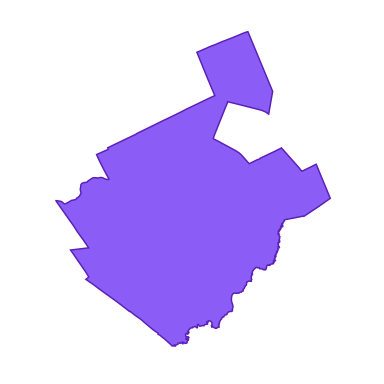 the district of Cosmesti, Teleorman, Romania, rotated 81°
{"feature_id": "2599482B87533780865564", "entity_name": "Cosmesti", "entity_type": "district", "adm_level": 2, "iso_a3": "ROU", "parent_name": "Romania", "parent_adm1": "Teleorman", "projection": "equal_earth", "projection_center": [25.395, 44.317], "detail": "fine", "context": "isolated", "style": "filled", "palette": "violet", "viewbox_px": 384, "rotation_deg": 81, "n_neighbors": 0, "source": "geoboundaries", "source_scale": "gbopen_adm2", "svg_char_len": 6041}
<svg xmlns="http://www.w3.org/2000/svg" viewBox="0 0 384 384"><g transform="rotate(81 192 192)"><path d="M105.2,96.6L42.4,111.7L42.4,112.2L43.0,115.8L46.0,128.3L48.2,138.7L50.5,148.0L50.8,149.9L54.8,165.3L81.7,159.0L100.4,154.4L101.5,158.5L109.5,185.3L110.7,188.7L114.3,200.3L116.7,208.5L125.7,237.7L125.9,237.8L126.1,238.2L135.1,268.3L136.4,268.0L136.6,268.1L136.9,268.6L140.1,280.4L146.7,278.6L156.0,275.6L166.3,272.0L166.5,272.6L166.5,273.3L166.2,274.3L165.2,276.3L164.2,277.6L163.5,279.2L163.3,280.7L163.5,282.9L162.9,284.6L162.8,285.5L162.5,286.8L162.6,287.9L164.5,292.3L165.1,293.4L165.7,293.7L165.9,294.8L165.8,296.9L165.9,297.8L166.2,299.3L166.9,300.2L167.9,300.8L168.6,300.9L172.1,302.0L175.6,301.8L176.3,302.0L178.8,304.2L179.6,305.8L180.0,306.7L181.1,307.9L181.4,309.4L181.4,312.2L183.3,317.0L183.9,319.3L183.6,320.1L181.3,322.1L180.7,323.0L179.4,326.9L179.3,327.6L180.4,327.3L208.3,313.6L213.3,311.5L222.5,306.8L231.0,302.8L230.3,321.0L253.5,309.9L259.8,307.2L261.7,310.5L268.3,303.6L274.2,297.9L289.4,282.6L299.8,272.8L300.2,272.3L300.0,272.2L300.8,271.3L304.2,268.2L309.9,262.3L312.5,260.2L322.3,251.7L326.1,247.6L327.2,247.8L328.4,246.1L331.5,243.5L332.0,242.8L340.4,236.0L340.8,235.9L341.2,234.7L341.2,234.1L340.4,233.8L340.3,233.5L341.5,233.0L341.6,232.8L341.5,232.4L341.3,232.1L340.4,231.7L340.3,231.2L340.3,230.3L340.2,229.7L339.1,229.4L339.0,228.9L339.0,228.3L339.5,227.7L339.7,227.3L338.8,225.4L340.0,225.3L340.5,224.8L340.4,224.5L339.5,224.3L339.3,224.0L339.4,223.6L340.1,222.9L340.5,222.5L340.4,220.8L340.1,220.5L338.6,220.1L338.3,219.8L337.8,218.8L337.3,218.6L337.0,218.8L336.8,219.1L336.6,220.8L336.2,221.1L335.8,221.0L335.5,220.7L335.5,220.4L335.9,219.6L336.0,218.8L335.8,218.2L335.2,217.8L334.9,217.9L334.4,218.5L333.9,220.1L333.6,220.5L333.4,220.7L332.6,220.7L331.6,220.6L331.2,220.4L330.8,219.7L331.0,219.4L331.7,218.8L331.7,218.4L331.5,218.1L330.5,217.1L330.0,216.9L329.7,217.1L329.8,217.8L329.7,218.1L329.5,218.3L329.2,218.2L328.1,217.2L327.6,216.4L327.1,216.0L326.8,215.5L326.1,214.9L326.2,212.5L325.4,212.1L325.6,211.5L325.3,210.1L325.5,209.7L326.7,208.7L326.9,208.4L326.9,208.0L326.4,207.7L324.9,207.7L323.8,207.2L323.6,206.8L323.7,206.5L325.1,206.0L325.8,205.3L325.8,204.3L325.5,203.0L325.8,202.1L325.9,201.1L325.7,200.8L325.2,200.4L325.0,200.1L324.9,199.4L325.0,198.0L324.9,197.3L324.6,197.3L323.4,197.7L322.8,197.7L323.3,196.9L323.3,196.7L323.2,196.5L322.0,196.2L321.7,195.7L322.5,193.7L323.0,193.6L323.7,192.9L325.1,192.9L325.7,193.1L326.7,192.9L326.9,193.0L327.1,193.7L327.3,193.6L327.4,193.3L328.3,193.7L328.6,193.6L328.6,193.3L328.3,192.6L328.4,192.3L329.2,191.6L330.2,190.4L330.4,189.8L330.4,189.0L329.8,188.1L329.8,187.6L329.6,187.2L329.6,186.3L328.3,186.6L327.8,186.3L327.5,185.9L326.5,186.1L326.0,185.8L325.5,185.2L324.4,185.1L323.3,184.0L322.4,183.4L322.1,182.8L321.9,182.5L320.6,181.8L320.3,181.1L320.4,180.3L319.3,179.5L318.9,179.0L318.5,177.8L318.6,177.1L318.5,176.8L316.9,175.8L316.1,174.6L316.0,174.0L316.1,173.2L315.9,172.6L316.2,171.6L315.9,170.9L315.0,170.5L314.2,170.5L312.2,169.6L311.4,169.4L309.4,169.5L306.5,170.0L304.0,169.9L300.4,168.8L299.0,167.6L298.5,166.5L298.5,165.9L299.1,163.6L299.0,162.9L298.7,162.2L299.2,161.8L299.2,161.5L298.5,159.8L298.6,158.9L297.8,157.9L297.8,157.0L297.7,156.9L297.2,156.9L296.9,156.7L296.1,156.6L295.4,155.5L294.4,155.0L293.7,154.3L292.8,154.0L292.7,153.3L292.2,152.7L289.8,152.2L289.5,152.0L289.5,151.3L289.1,150.6L288.9,149.1L289.0,148.7L289.5,147.8L289.4,147.3L288.4,147.3L287.8,146.7L286.6,147.1L286.2,146.8L284.8,146.8L284.5,146.4L284.0,146.3L283.5,145.7L282.2,145.7L282.4,145.1L281.1,145.2L280.4,144.7L279.2,144.3L279.0,143.8L278.2,143.1L276.6,140.6L276.5,140.2L276.7,139.6L277.3,138.7L277.2,137.7L277.5,137.2L278.2,137.2L278.5,137.0L278.5,136.1L278.9,134.9L279.2,134.2L279.6,134.1L280.0,133.4L280.2,132.9L279.9,132.3L280.4,131.8L280.1,131.2L279.6,130.9L278.3,130.2L277.3,130.0L276.0,129.1L275.9,128.7L276.3,128.3L276.6,127.5L276.4,127.3L275.9,127.1L275.8,126.9L276.0,126.7L276.5,126.6L276.5,126.4L275.3,124.5L275.3,124.0L275.7,123.6L275.7,123.4L275.0,123.2L275.2,122.7L274.7,122.5L274.5,122.0L274.2,122.0L273.6,122.4L273.1,122.4L273.2,121.2L272.9,120.3L272.7,120.4L272.4,120.9L272.3,121.4L272.2,121.5L271.4,121.4L271.4,120.7L271.2,120.5L270.7,120.7L270.3,120.7L269.2,119.5L268.8,120.2L268.2,120.3L268.1,120.1L268.3,119.8L268.1,119.1L267.9,119.1L267.6,119.5L267.2,119.5L266.5,118.4L265.9,118.6L265.7,118.5L265.3,118.0L265.2,117.4L264.8,117.3L264.3,117.7L263.9,117.7L263.7,117.4L263.8,116.9L263.7,116.7L263.1,116.5L262.4,115.9L261.8,116.0L260.9,115.8L260.9,114.9L260.7,114.7L260.5,115.4L260.3,115.5L260.0,115.4L259.9,114.9L259.4,114.5L259.2,114.8L259.6,115.3L259.4,115.4L258.5,115.4L258.1,115.0L257.4,115.0L257.0,114.8L255.9,115.1L256.0,114.4L255.5,114.1L255.3,113.4L255.1,113.3L254.9,113.2L254.5,113.8L254.0,113.8L253.8,113.7L253.9,113.3L253.8,113.1L253.2,113.2L253.0,113.5L252.8,113.5L252.2,113.2L251.9,112.8L251.1,112.5L250.1,112.6L249.7,112.2L248.1,113.2L247.9,113.2L247.4,112.6L247.2,112.7L246.9,113.4L246.7,113.3L246.4,112.8L246.0,113.2L245.7,112.8L244.4,113.0L244.3,112.8L244.5,112.5L244.4,112.0L243.6,112.2L243.1,112.0L243.1,111.9L243.5,111.5L243.4,111.1L243.2,111.1L242.9,111.5L242.6,111.4L242.6,111.1L242.9,110.9L242.7,110.4L242.1,110.5L241.7,109.8L240.9,110.1L240.5,110.0L240.4,109.7L240.7,109.2L240.7,108.9L239.8,109.3L239.9,108.5L239.9,107.6L239.4,107.7L239.4,108.3L238.8,108.6L238.6,108.4L238.8,108.0L238.4,107.8L238.2,107.8L238.0,108.4L237.4,108.3L237.0,107.8L237.2,107.1L236.2,106.9L235.8,106.1L234.9,105.7L234.7,105.4L234.8,105.2L234.1,105.0L233.9,104.7L233.2,85.3L233.5,85.2L226.1,69.1L219.9,56.4L184.0,65.0L188.7,80.0L187.3,81.2L185.1,82.3L162.4,96.8L162.7,97.3L164.9,104.3L169.3,119.4L170.2,120.4L170.1,121.6L170.5,123.0L173.0,131.1L163.1,137.4L160.6,139.5L158.1,142.3L153.2,148.7L149.0,154.2L148.7,154.6L148.7,155.0L148.1,155.4L142.7,162.6L142.0,162.4L138.5,160.5L114.2,146.0L108.8,142.7L108.4,142.7L119.7,116.1L122.3,110.2L124.7,106.5L127.1,104.1L105.2,96.6Z" fill="#8b5cf6" stroke="#5b21b6" stroke-width="1.5"/></g></svg>